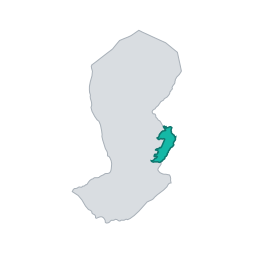 Paraguay, with Amambay highlighted, rotated 40°
{"feature_id": "PRY-615", "entity_name": "Amambay", "entity_type": "Department", "adm_level": 1, "iso_a3": "PRY", "parent_name": "Paraguay", "parent_adm1": "", "projection": "equal_earth", "projection_center": [-56.215, -22.97], "detail": "fine", "context": "in_parent", "style": "filled", "palette": "teal", "viewbox_px": 256, "rotation_deg": 40, "n_neighbors": 0, "source": "natural_earth", "source_scale": "10m", "svg_char_len": 6655}
<svg xmlns="http://www.w3.org/2000/svg" viewBox="0 0 256 256"><g transform="rotate(40 128 128)"><path d="M132.6,57.6L132.9,59.2L133.1,60.4L133.7,61.3L134.2,62.5L134.8,63.1L135.2,64.2L135.1,65.5L135.3,67.1L135.6,68.4L135.8,68.8L136.6,69.2L137.0,70.4L136.7,71.0L136.8,71.8L137.1,72.5L136.9,73.2L137.0,73.7L137.5,74.2L138.0,75.9L138.1,78.9L137.6,80.5L137.1,81.8L137.0,82.6L137.3,83.7L136.8,85.1L136.2,86.8L136.3,87.9L136.5,89.0L136.5,90.2L136.7,91.3L136.5,92.4L136.3,93.4L136.2,94.6L136.4,95.9L135.9,97.1L135.7,98.0L135.6,98.8L136.1,100.2L137.3,100.8L138.3,100.9L139.2,100.2L139.9,100.0L141.2,100.6L142.4,101.8L143.9,101.9L145.2,102.2L146.2,102.5L147.8,102.1L149.3,102.5L151.1,103.2L152.7,103.8L154.2,103.6L155.3,103.5L156.5,102.9L157.6,103.0L158.5,101.8L158.9,100.8L159.4,100.1L160.6,99.5L161.5,99.9L162.2,101.7L163.4,102.8L163.9,103.6L164.8,104.0L166.8,104.0L168.0,104.0L169.4,104.5L170.4,104.5L171.2,105.6L171.9,106.8L172.0,109.0L172.7,110.7L173.6,111.4L174.1,112.5L173.9,114.0L173.5,115.5L173.6,117.2L174.0,118.7L174.0,120.2L174.4,121.7L175.0,123.0L175.2,125.1L175.1,126.6L175.5,127.4L175.7,128.7L175.4,129.7L175.3,131.0L175.4,132.2L175.7,133.3L176.6,134.5L176.9,136.8L176.9,138.4L177.3,140.3L178.1,141.1L179.4,141.4L180.9,141.7L182.7,141.3L184.3,140.8L185.2,140.3L187.0,138.9L188.6,138.1L189.4,137.6L190.1,137.3L191.7,138.1L193.1,139.2L194.2,140.7L196.3,142.4L195.9,142.8L195.1,144.1L195.1,145.7L195.6,148.0L195.1,152.8L193.4,160.1L192.8,164.4L193.0,165.6L192.4,167.7L190.2,172.3L190.1,175.4L189.8,184.6L189.0,191.1L187.8,195.9L186.6,198.5L185.6,198.8L184.9,199.5L184.5,200.8L183.6,201.8L182.4,202.6L181.8,203.5L181.7,204.4L180.5,205.1L178.3,205.3L177.0,206.1L176.6,207.4L175.9,208.4L174.8,209.1L174.3,210.3L174.3,212.1L173.7,213.5L172.4,214.8L171.2,214.8L170.1,213.6L168.6,212.9L166.8,212.5L165.2,212.8L164.0,213.7L162.9,215.3L161.9,217.4L160.9,217.7L159.7,216.3L158.2,215.9L156.4,216.4L155.0,216.3L153.9,215.3L152.3,215.2L150.1,215.9L145.6,215.1L138.9,212.7L133.2,211.7L126.2,212.6L125.6,210.1L126.0,208.7L127.1,207.7L127.8,206.5L128.1,205.2L128.9,204.2L130.2,203.6L130.7,202.9L130.5,202.2L130.8,201.5L131.5,201.0L131.9,200.2L132.0,199.0L132.3,198.4L132.8,198.0L132.8,197.2L132.5,194.7L132.5,192.7L132.9,191.1L133.3,190.1L133.6,189.9L133.9,189.3L134.0,188.3L134.4,187.5L136.7,185.6L137.5,184.6L137.6,183.7L137.9,182.5L139.2,179.8L139.6,178.6L139.7,178.0L140.1,177.3L141.7,175.9L142.6,174.5L142.7,173.2L142.3,171.7L141.4,170.0L138.5,165.9L136.3,164.0L133.4,162.5L131.6,162.0L130.7,162.5L129.8,162.1L128.8,160.7L127.3,159.6L123.9,158.3L116.4,153.5L113.4,151.2L112.4,149.7L109.6,147.1L105.0,143.4L101.4,141.5L99.0,141.6L95.0,140.5L89.6,138.3L86.4,136.0L85.6,133.9L83.5,131.7L80.3,129.6L78.7,128.1L78.5,127.5L77.6,126.6L75.8,125.5L73.9,123.6L71.7,120.9L69.4,116.8L66.9,111.2L64.3,107.4L61.5,105.5L60.1,104.2L60.1,103.5L59.7,102.9L60.0,101.8L61.0,97.6L62.3,91.4L63.7,85.0L65.4,77.4L65.3,72.0L65.3,66.4L67.7,61.7L69.5,58.4L71.0,55.2L72.5,49.8L73.5,46.2L77.5,45.3L84.3,43.4L87.7,42.5L94.9,40.5L102.1,38.5L109.8,38.4L117.2,38.3L123.0,42.8L127.4,46.2L132.2,50.0L132.5,50.8L132.9,54.0L132.6,57.6Z" fill="#d9dde1" stroke="#a8b0b8" stroke-width="1"/><path d="M161.0,99.5L161.3,99.5L161.9,101.0L162.2,101.8L162.7,102.4L163.7,103.0L164.1,103.6L164.4,103.8L164.7,103.9L167.5,104.1L167.9,103.9L168.1,104.0L168.4,104.2L168.6,104.4L169.6,104.5L169.9,104.8L170.0,104.6L170.2,104.1L171.0,105.5L171.6,106.2L171.8,106.4L171.9,106.9L172.0,108.8L172.1,109.5L172.4,110.3L172.8,110.8L173.3,111.2L173.7,111.3L173.9,111.5L174.0,111.8L174.1,112.2L174.0,112.4L174.0,112.7L173.9,112.9L174.0,113.1L174.1,113.5L173.9,114.4L173.6,115.0L173.4,115.7L173.5,116.5L173.8,118.2L173.8,118.5L173.7,119.3L173.8,119.6L174.2,120.3L174.4,120.6L174.5,121.0L174.4,121.8L174.4,122.2L174.6,122.5L175.0,122.8L175.1,123.0L175.4,124.6L175.4,125.0L175.0,126.0L175.0,126.3L175.1,126.8L175.6,127.5L175.8,127.9L175.7,128.5L175.3,129.7L175.3,130.5L175.4,131.2L175.3,131.3L175.1,131.6L174.8,132.6L174.7,133.4L174.6,133.7L174.4,133.9L173.7,134.4L173.4,134.5L173.0,134.5L172.8,134.6L172.4,134.9L170.7,136.4L170.0,136.9L169.9,137.1L169.6,137.5L169.4,137.8L169.0,138.0L168.6,138.1L168.0,138.2L167.9,138.3L167.7,138.3L167.4,138.4L167.1,138.2L166.9,138.1L167.1,138.0L167.2,137.9L167.7,137.4L167.8,137.4L167.9,137.0L168.2,136.3L168.3,136.1L168.3,135.8L168.3,135.3L168.2,134.8L168.2,134.4L168.2,134.2L168.6,133.6L168.7,133.4L168.8,133.2L168.9,132.9L169.0,132.8L169.0,132.7L168.9,131.9L168.9,131.6L169.0,131.3L169.0,131.2L168.9,131.1L168.5,131.1L167.5,131.4L167.4,131.4L167.3,131.5L167.3,131.9L167.3,132.1L167.3,132.3L167.2,132.4L166.9,132.6L166.6,132.9L166.5,133.0L166.4,133.0L166.2,132.8L166.0,132.5L165.7,131.9L165.6,131.5L165.5,131.3L165.5,131.1L165.5,130.9L166.9,129.5L167.0,129.3L167.1,129.1L167.2,128.9L167.2,128.7L167.0,128.3L166.7,128.0L166.6,127.8L166.6,127.7L166.7,127.4L166.8,127.2L166.7,127.0L166.6,126.8L166.5,126.7L166.4,126.6L166.1,126.5L165.5,126.4L165.3,126.4L165.0,126.3L164.9,126.3L164.6,126.5L164.2,126.5L163.9,126.6L163.6,126.9L163.4,127.1L163.2,127.1L163.1,126.9L163.2,126.7L163.3,126.0L163.3,125.9L163.4,125.7L163.5,125.5L163.6,125.4L163.8,125.1L163.9,124.9L164.1,124.8L164.7,124.4L164.8,124.3L164.8,124.2L164.7,123.7L164.7,123.4L164.8,123.2L165.0,122.9L165.0,122.5L165.0,122.4L165.1,122.2L165.4,122.2L165.5,122.3L165.7,122.2L165.8,122.0L165.8,121.9L165.8,121.1L165.8,120.9L163.5,113.3L163.4,113.1L163.1,112.9L162.9,112.9L162.4,113.3L162.2,113.4L162.0,113.5L161.9,113.5L161.7,113.8L161.5,114.2L161.4,114.3L161.3,114.5L161.1,114.6L160.2,114.8L159.9,115.0L159.7,115.4L159.7,115.6L159.6,116.0L159.4,116.5L159.3,116.8L159.2,116.9L158.9,117.0L158.6,117.2L158.4,117.2L158.2,117.2L157.9,116.8L157.8,116.7L157.7,116.7L157.5,116.9L157.4,116.9L157.3,117.0L157.0,117.0L156.8,117.0L156.7,117.0L156.6,116.9L156.7,116.6L156.9,116.3L157.2,116.0L157.3,115.9L157.3,115.7L157.2,115.3L157.1,114.4L156.9,114.0L156.8,113.7L156.7,113.5L156.6,113.4L156.4,113.3L156.4,113.1L156.5,112.8L156.5,112.6L156.4,112.5L156.3,112.2L156.2,112.1L156.2,111.9L156.2,111.6L156.3,111.3L156.3,111.0L156.2,110.6L156.3,110.2L156.2,110.1L156.2,109.6L156.2,109.3L156.4,109.2L156.4,108.9L156.4,108.4L156.4,108.2L156.5,108.0L156.6,107.9L157.1,107.5L157.2,107.4L157.9,106.1L158.0,106.1L158.4,105.8L158.4,105.7L157.8,105.4L154.3,104.3L154.2,104.1L154.6,103.6L154.7,103.4L154.8,103.2L155.0,103.3L155.6,103.1L155.8,103.2L155.8,103.3L156.0,103.2L156.2,102.6L156.3,102.5L156.5,102.7L157.1,103.5L157.3,103.6L157.4,103.4L157.2,103.0L157.4,102.9L157.5,102.8L157.7,102.7L158.2,102.2L158.4,102.0L158.7,101.4L158.8,101.2L159.0,100.8L159.0,100.7L159.3,100.2L159.6,99.8L159.9,99.7L161.0,99.5Z" fill="#14b8a6" stroke="#0f766e" stroke-width="1.5"/></g></svg>